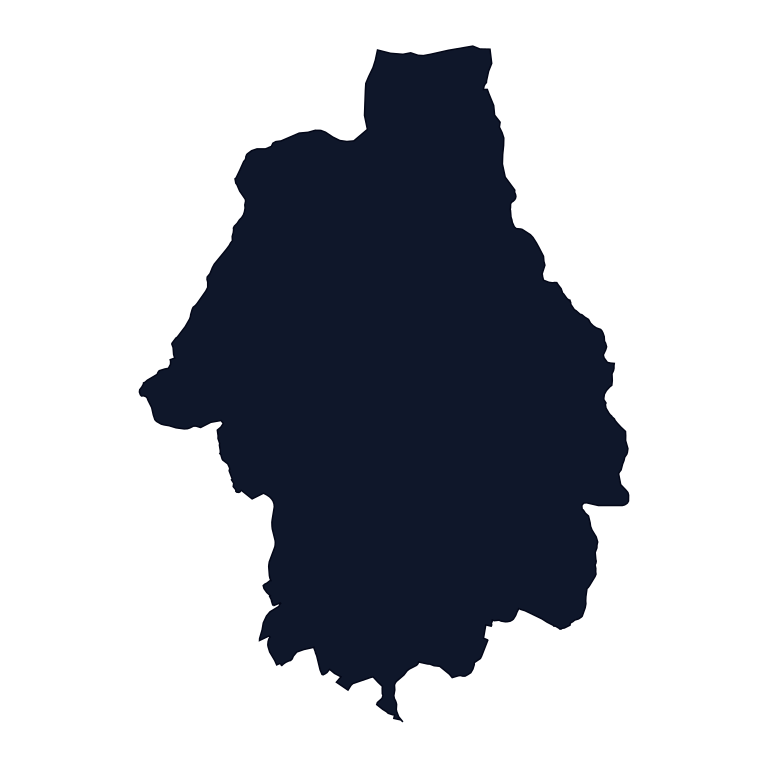 Sarmas, Harghita, Romania
{"feature_id": "2599482B24569606414351", "entity_name": "Sarmas", "entity_type": "district", "adm_level": 2, "iso_a3": "ROU", "parent_name": "Romania", "parent_adm1": "Harghita", "projection": "equal_earth", "projection_center": [25.467, 46.907], "detail": "fine", "context": "isolated", "style": "filled", "palette": "ink", "viewbox_px": 768, "rotation_deg": 0, "n_neighbors": 0, "source": "geoboundaries", "source_scale": "gbopen_adm2", "svg_char_len": 6107}
<svg xmlns="http://www.w3.org/2000/svg" viewBox="0 0 768 768"><path d="M402.9,721.9L398.7,716.7L396.7,711.5L396.3,709.5L396.6,704.5L396.3,703.1L395.7,701.2L394.4,698.6L393.8,695.7L394.8,690.0L394.5,685.3L394.9,683.7L396.3,681.5L403.9,675.0L407.1,670.8L409.4,669.0L416.4,665.4L417.5,664.4L418.4,662.8L418.6,662.0L427.6,664.0L429.8,664.1L434.0,665.7L439.7,666.3L449.4,674.2L452.2,677.6L458.3,675.8L460.3,675.5L462.7,676.1L465.1,676.1L467.7,674.7L470.8,672.7L472.9,669.1L474.3,664.6L474.2,663.5L474.5,662.5L480.4,658.5L481.6,656.1L487.8,640.2L487.4,639.8L483.5,638.2L485.8,624.9L491.2,626.2L491.7,625.0L491.4,623.3L492.2,621.4L492.3,620.0L494.2,620.7L499.1,620.2L501.1,621.1L505.4,621.8L507.4,621.7L510.1,621.2L512.0,620.2L513.4,619.1L515.6,615.6L516.9,612.3L518.8,608.5L520.7,609.4L525.0,610.7L538.5,617.2L542.0,618.9L547.0,622.1L553.2,625.3L553.8,626.1L555.4,626.1L559.1,628.3L559.7,629.0L561.0,629.1L562.2,628.3L564.4,628.0L570.0,625.2L570.3,623.2L570.5,623.0L572.9,621.6L574.7,620.1L578.6,618.9L581.3,617.1L582.2,616.2L585.2,607.7L585.9,603.8L585.7,600.9L585.9,596.6L587.0,588.5L588.1,587.6L589.6,585.5L595.0,576.6L596.0,574.2L595.7,571.7L595.8,568.4L595.1,564.9L595.9,563.1L596.2,561.1L595.8,559.3L595.2,552.4L596.9,547.9L597.0,545.0L597.7,542.0L596.2,536.9L592.0,530.0L590.6,526.4L590.1,522.7L588.5,516.0L585.3,513.1L583.3,510.0L582.2,509.4L581.8,505.5L583.6,503.1L586.6,502.8L598.3,505.5L622.3,505.5L624.6,504.9L626.1,504.0L627.4,503.0L628.5,501.0L628.6,495.1L627.9,492.5L626.1,490.3L620.7,484.6L618.6,473.7L619.5,472.0L621.1,469.9L622.6,464.1L624.0,460.5L624.7,457.3L626.8,454.2L627.4,452.3L627.9,448.6L625.6,440.5L625.7,435.7L625.5,431.4L620.9,427.1L617.4,423.3L615.1,420.5L614.4,418.9L612.2,417.0L611.6,416.0L610.2,414.8L608.9,413.1L606.0,408.1L605.4,404.6L606.0,403.0L603.9,399.7L603.8,398.3L604.4,394.2L606.4,390.6L609.6,387.0L611.8,385.3L612.3,380.6L612.0,373.8L613.5,370.6L614.0,368.3L614.0,365.6L614.3,363.4L610.7,363.1L607.4,362.4L604.1,357.9L603.3,354.9L605.7,349.8L606.6,346.8L605.6,343.2L604.5,341.2L604.2,336.5L602.9,332.8L601.8,330.7L600.6,329.4L596.3,327.9L593.2,325.8L590.5,323.1L588.5,319.4L584.9,317.2L581.9,314.7L580.0,314.2L576.2,310.8L574.3,309.6L570.8,304.3L570.7,302.4L570.1,301.1L570.0,300.2L568.5,299.7L567.0,298.6L563.6,293.9L562.5,293.0L562.5,292.6L561.1,288.6L558.1,284.7L556.8,282.6L554.7,282.5L552.5,282.8L548.9,282.3L543.5,280.2L542.6,276.6L542.4,274.8L542.0,274.3L544.9,265.2L543.9,261.3L543.5,256.3L538.9,247.4L536.5,243.0L533.0,237.5L530.4,234.7L522.2,229.4L520.7,229.0L516.2,228.6L514.3,226.8L512.3,222.3L511.9,219.9L511.0,217.1L510.5,210.5L510.2,209.3L510.5,207.8L510.6,204.0L511.0,203.1L511.8,202.1L513.3,201.1L514.7,199.7L515.5,198.3L515.9,196.5L515.6,194.7L514.6,192.1L514.8,190.1L505.2,177.1L502.4,164.0L502.7,154.5L503.6,145.5L503.8,138.0L502.1,132.7L499.4,127.1L500.1,122.2L494.6,115.1L493.7,105.5L488.9,93.8L487.3,89.4L483.4,89.5L484.1,86.0L485.2,83.9L486.4,82.6L486.6,80.4L488.6,71.2L491.7,63.4L490.0,49.2L479.9,49.0L472.8,46.1L448.3,50.3L430.5,54.3L423.4,55.6L418.1,55.3L410.7,52.8L403.0,54.3L390.5,53.3L377.5,50.0L375.3,60.3L373.0,67.6L368.8,76.3L365.8,83.4L365.4,90.2L364.5,115.4L367.4,129.4L353.8,140.9L346.8,141.5L339.8,140.5L332.7,137.0L325.5,132.2L320.8,130.4L315.2,130.3L308.1,132.3L299.2,133.1L281.1,140.9L275.8,141.6L272.9,143.2L271.4,146.4L265.4,148.9L256.9,148.9L251.6,150.7L247.4,153.8L246.6,154.8L245.8,156.9L245.8,157.9L245.3,159.6L243.7,161.5L239.8,170.2L236.1,177.9L235.0,178.8L235.8,183.2L236.9,184.6L239.7,191.1L245.2,199.1L245.6,201.0L244.8,204.9L245.1,208.1L244.4,211.9L243.4,214.9L241.6,217.7L239.5,219.8L237.1,223.4L234.3,226.2L233.4,228.1L233.6,229.6L233.3,232.5L232.2,236.4L232.4,240.7L230.5,243.1L229.3,245.4L226.5,249.2L214.3,264.1L212.4,267.6L210.0,273.6L207.2,277.0L207.0,279.5L207.7,282.0L207.7,287.4L205.8,291.1L197.1,303.5L195.4,305.5L193.1,307.3L192.2,309.3L190.7,314.5L190.4,316.7L189.6,319.0L185.2,326.7L177.0,337.5L176.4,337.6L175.7,338.3L172.1,343.1L171.8,344.0L173.1,347.6L173.6,354.4L174.7,358.1L170.2,359.7L170.6,361.4L170.5,364.3L168.4,368.3L164.7,369.0L159.2,370.7L158.0,372.3L157.1,374.4L147.3,380.2L145.1,382.2L143.5,382.9L143.4,384.1L141.8,387.0L139.7,389.7L139.4,392.0L140.4,394.8L141.5,396.0L143.6,395.8L145.8,396.6L147.1,397.8L148.0,400.2L151.7,407.6L153.3,414.9L154.9,419.7L156.5,421.4L161.2,424.1L164.2,424.9L169.1,425.7L176.0,427.8L184.2,428.9L187.5,428.7L189.9,427.9L193.5,426.1L196.0,426.1L200.6,427.5L210.8,422.3L221.0,420.5L223.3,423.4L220.8,427.2L217.3,430.1L218.1,435.8L218.0,438.5L219.7,443.5L219.4,445.1L220.3,450.7L220.3,452.7L219.8,453.6L220.8,454.5L222.1,458.9L222.8,460.1L227.7,463.8L229.4,467.5L229.8,469.2L229.2,470.1L229.2,470.9L232.1,478.6L232.1,479.4L231.5,479.8L233.7,483.2L233.2,486.6L235.8,489.8L235.8,491.3L236.8,492.2L238.9,492.4L240.2,491.7L240.8,490.6L241.6,490.5L252.1,498.9L263.5,493.2L266.6,494.8L269.6,496.8L271.7,499.0L273.1,501.2L274.0,503.8L274.3,506.8L272.2,519.7L271.9,522.2L272.0,526.2L272.3,529.0L275.1,540.4L275.3,542.1L275.2,544.6L274.9,546.7L274.0,549.2L269.3,561.8L268.9,564.4L268.7,566.5L269.4,575.7L269.9,578.1L270.9,580.6L269.8,580.8L266.9,583.1L264.7,584.2L263.2,585.6L264.0,588.6L266.8,592.5L270.3,595.7L269.6,596.3L271.9,600.9L271.5,601.0L272.7,604.9L273.6,604.7L274.0,605.5L280.2,602.8L280.7,603.3L279.3,605.2L279.2,606.2L270.0,611.8L266.5,616.0L263.3,622.9L262.1,629.9L259.6,638.5L259.5,640.5L268.7,636.1L269.2,636.2L270.0,637.1L268.9,638.9L268.1,641.5L267.8,644.9L268.1,646.7L269.7,652.0L274.7,660.4L276.7,664.9L279.4,663.6L280.8,664.0L281.3,665.2L281.8,665.5L283.5,663.9L285.8,662.3L288.8,660.9L290.6,660.5L292.2,658.9L293.3,656.2L296.8,652.0L303.9,649.5L313.9,647.3L313.9,648.0L315.3,651.7L315.5,652.9L316.7,655.8L320.1,669.9L322.0,674.4L323.1,674.8L325.1,673.8L327.0,672.5L329.0,669.9L329.7,669.4L334.5,673.4L341.0,676.8L336.4,682.2L348.0,690.1L351.0,685.3L352.8,683.6L370.8,677.4L373.1,676.9L378.1,682.3L382.4,686.4L382.2,688.2L382.3,693.9L382.8,694.6L382.9,695.7L382.0,698.4L377.4,702.5L376.7,704.6L382.8,709.4L386.5,711.7L388.2,713.3L392.7,714.8L394.6,714.8L393.8,718.4L400.8,719.9L402.9,721.9Z" fill="#0f172a" stroke="#020617" stroke-width="1.5"/></svg>